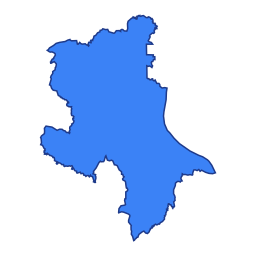 Mueang Mukdahan, Mukdahan, Thailand (Mercator projection)
{"feature_id": "78962969B66704164084877", "entity_name": "Mueang Mukdahan", "entity_type": "district", "adm_level": 2, "iso_a3": "THA", "parent_name": "Thailand", "parent_adm1": "Mukdahan", "projection": "mercator", "projection_center": [104.628, 16.533], "detail": "fine", "context": "isolated", "style": "filled", "palette": "blue", "viewbox_px": 256, "rotation_deg": 0, "n_neighbors": 0, "source": "geoboundaries", "source_scale": "gbopen_adm2", "svg_char_len": 5716}
<svg xmlns="http://www.w3.org/2000/svg" viewBox="0 0 256 256"><path d="M215.4,172.8L211.8,165.3L208.9,161.2L207.4,159.8L202.7,156.8L198.7,155.3L190.0,151.0L179.4,143.6L174.1,138.3L169.8,132.9L167.3,130.4L164.5,123.9L163.5,116.1L163.9,111.9L166.1,99.7L166.4,92.1L167.0,88.1L164.8,87.6L162.1,88.0L160.0,86.4L159.7,84.4L158.9,83.4L156.8,83.4L155.1,80.0L154.1,80.9L152.9,80.1L152.6,78.8L151.8,78.9L150.9,79.9L149.9,79.4L149.5,79.6L148.7,78.6L147.8,78.7L147.0,78.0L146.8,65.8L148.0,66.4L149.3,66.0L150.5,66.4L151.9,67.5L152.6,65.9L151.7,64.7L151.3,62.6L151.7,61.7L152.8,61.5L153.5,59.5L154.9,59.6L154.8,56.7L153.1,56.7L153.3,54.9L146.6,54.7L146.4,44.2L152.6,44.2L151.4,42.5L149.0,41.7L148.2,40.9L150.0,37.3L150.1,36.7L149.5,36.0L150.1,34.9L152.4,33.0L153.6,33.4L154.2,32.9L154.5,32.2L154.2,31.9L154.2,30.1L154.9,29.7L154.9,28.6L155.4,29.1L156.0,28.8L155.9,28.3L156.7,28.4L156.4,27.9L156.7,28.0L156.6,26.6L157.1,26.3L156.9,26.0L156.3,26.3L156.0,25.5L155.2,25.0L155.4,24.1L154.9,23.8L155.0,23.4L153.2,23.3L152.9,22.5L153.1,22.0L152.5,21.7L153.0,20.2L152.3,19.0L152.1,19.3L151.5,19.1L151.7,18.8L150.8,18.5L150.7,17.9L148.8,16.9L148.2,16.9L147.8,17.6L146.2,17.6L143.5,15.6L141.9,15.8L140.9,16.4L140.3,16.3L139.9,15.4L139.1,15.9L138.5,15.6L137.7,16.6L137.4,16.4L137.4,16.7L136.7,16.8L137.1,18.2L136.8,19.1L135.8,18.9L135.3,17.9L135.0,18.2L134.5,17.9L134.2,18.1L134.0,17.6L134.4,17.4L133.9,17.3L134.2,17.0L133.6,17.2L133.1,16.9L132.7,17.8L131.5,18.3L128.1,21.3L127.5,23.7L127.7,28.7L126.8,31.1L124.2,30.9L122.8,29.6L121.9,29.4L120.5,30.2L120.6,31.4L119.1,30.6L116.3,30.7L114.6,33.0L113.8,33.2L108.9,31.8L107.7,29.4L105.6,29.6L102.8,28.8L101.7,30.1L100.1,30.4L99.9,31.8L97.6,32.8L95.7,35.4L94.0,36.1L93.4,38.7L92.6,39.4L92.6,40.5L91.0,40.2L90.6,40.6L91.2,42.2L91.0,42.8L89.2,42.1L88.7,42.4L88.0,44.5L88.9,45.4L88.6,46.0L87.5,45.0L86.4,44.8L85.3,43.8L82.2,44.1L81.0,43.7L79.7,42.4L78.3,44.1L77.4,44.1L76.6,40.6L71.5,40.8L70.0,40.0L69.9,39.5L67.6,40.2L65.2,41.5L59.6,42.4L56.1,43.4L53.5,45.5L49.5,47.9L48.2,49.8L47.3,50.3L49.4,51.8L50.5,52.1L52.0,51.9L54.2,52.9L55.1,53.7L55.3,55.2L53.6,57.9L53.7,58.5L52.9,59.1L52.4,59.0L51.3,60.6L51.5,61.3L50.5,62.0L50.7,63.2L51.2,63.2L54.2,61.6L56.2,63.7L56.3,64.7L55.8,67.1L55.3,67.5L55.1,69.8L52.7,71.6L52.8,73.4L51.1,75.9L50.6,77.5L51.2,78.5L51.1,79.5L49.5,84.9L50.7,85.5L51.6,88.3L53.2,90.2L56.8,90.9L58.3,95.5L60.1,96.3L60.4,97.1L61.3,97.2L61.3,97.7L62.1,97.8L62.5,98.6L63.9,98.8L64.6,99.7L66.2,99.8L67.3,101.0L67.5,101.9L67.9,101.6L68.5,102.0L68.7,102.8L67.6,103.2L66.7,104.2L66.9,105.6L69.0,106.8L71.5,106.7L71.2,107.6L71.8,108.9L71.3,109.8L71.5,112.0L71.2,113.3L71.6,113.9L71.4,114.7L71.8,115.5L73.3,116.0L73.9,116.8L73.3,117.8L73.5,118.4L72.8,118.5L72.8,119.3L73.1,120.1L73.8,120.5L73.9,121.6L73.0,123.4L71.7,124.0L71.9,124.6L71.5,125.7L70.4,126.3L69.8,127.1L69.7,128.7L70.1,129.6L69.3,131.3L69.8,132.7L69.4,133.4L68.3,132.5L66.5,132.5L65.0,130.8L63.7,130.6L62.1,129.3L59.6,129.2L57.1,130.3L52.0,127.1L46.0,126.1L44.4,128.3L44.6,131.1L44.4,133.6L41.4,136.0L40.6,137.7L41.1,138.4L41.5,142.8L40.7,144.7L42.5,145.3L44.1,148.4L45.1,149.0L44.8,149.9L45.0,150.6L44.3,150.6L44.0,152.1L44.6,152.9L44.5,153.9L45.1,153.6L45.1,154.2L45.9,154.2L46.1,153.7L47.2,153.4L47.1,154.4L47.7,154.0L48.5,154.1L49.9,155.5L50.7,155.5L52.8,156.6L52.9,157.5L54.2,157.6L54.6,159.3L54.5,160.6L57.2,161.8L56.3,163.3L56.7,164.0L57.5,163.9L58.5,162.5L60.6,163.4L62.0,164.7L63.5,164.5L64.1,166.3L64.5,166.5L65.8,166.0L67.9,166.3L69.3,165.8L70.4,166.2L71.9,165.7L72.5,166.6L71.7,169.0L72.3,169.3L73.5,168.2L74.7,170.6L76.7,171.3L76.6,172.6L77.1,173.1L80.3,172.2L81.0,173.7L82.8,173.3L83.5,173.8L83.7,175.1L85.0,175.3L85.9,176.4L86.9,175.6L88.3,175.5L89.3,176.8L90.5,175.2L91.1,176.4L92.5,176.5L93.8,180.7L94.9,181.0L94.6,181.5L93.8,181.4L93.5,181.8L94.9,182.5L95.4,182.4L95.2,181.0L95.9,178.2L95.8,176.6L95.3,175.6L95.6,174.6L93.0,173.8L93.8,172.1L93.5,171.3L96.1,168.0L99.0,162.5L100.3,161.2L101.0,161.8L103.6,161.6L104.3,160.5L105.4,156.5L105.9,155.8L107.4,160.1L109.5,160.8L111.5,160.2L112.8,160.9L114.4,164.8L114.9,164.7L117.2,165.6L119.2,169.9L121.5,171.7L121.6,174.3L122.8,174.4L123.2,176.1L124.1,176.8L122.6,178.9L122.7,179.5L123.1,180.1L124.8,180.9L125.5,181.8L126.2,187.3L126.7,187.6L126.5,188.1L127.5,188.8L127.8,189.9L127.2,191.0L125.8,191.9L125.8,198.7L125.0,198.7L124.6,200.3L125.5,204.5L124.8,205.1L121.0,205.8L119.0,208.6L118.6,212.5L118.7,212.8L121.4,211.8L123.5,212.1L128.4,214.0L129.7,215.1L129.9,215.9L128.6,220.3L128.6,222.1L131.3,225.6L131.0,226.6L131.1,229.8L131.6,231.1L131.3,234.2L132.6,236.4L133.7,240.6L134.5,240.2L134.9,239.3L136.2,238.3L136.7,237.4L137.8,237.3L138.9,234.4L142.3,231.8L143.9,231.1L145.6,233.0L147.5,233.5L149.2,231.8L149.7,230.1L150.3,229.7L150.4,228.6L150.9,228.6L151.2,228.0L151.9,228.0L151.9,227.5L152.2,227.8L153.2,226.5L152.9,226.1L153.4,226.1L153.2,225.8L154.1,225.1L154.4,225.3L155.4,224.2L156.9,224.9L158.7,223.9L159.5,224.1L160.3,222.7L162.5,221.5L164.5,219.1L164.3,217.5L165.0,216.3L164.6,215.7L165.8,214.8L165.9,212.5L166.4,212.0L166.8,210.2L167.3,210.2L166.9,209.7L167.7,209.4L167.8,208.9L167.4,208.8L167.8,208.6L167.4,208.0L168.2,206.5L168.0,205.5L168.4,203.8L169.1,203.8L169.8,204.8L170.8,204.7L171.6,206.5L172.6,206.7L172.5,207.9L172.8,208.3L173.4,206.9L174.1,206.9L174.5,206.2L173.7,201.9L175.1,200.3L174.8,198.9L175.1,197.6L174.8,196.1L173.6,193.7L173.6,189.8L175.3,185.6L175.5,183.1L177.4,181.5L179.0,181.4L180.3,182.0L180.8,181.2L182.1,180.9L180.9,178.7L181.2,177.1L182.1,175.9L182.3,173.8L183.6,174.7L185.0,174.4L187.9,175.1L190.0,174.6L192.2,175.1L192.7,174.7L192.7,173.2L193.7,170.1L195.1,169.8L197.1,170.6L198.8,169.5L200.1,171.3L201.6,170.2L205.6,172.3L209.0,173.4L212.6,173.7L215.4,172.8Z" fill="#3b82f6" stroke="#1e3a8a" stroke-width="1.5"/></svg>